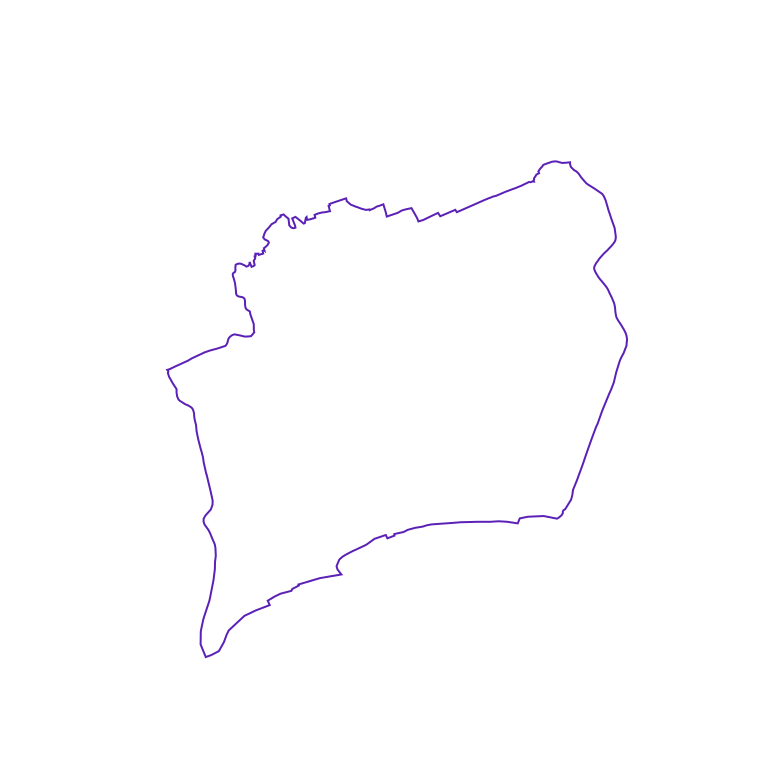 outline of Kota Tegal, Jawa Tengah, Indonesia, rotated 154°
{"feature_id": "22746128B85080883644541", "entity_name": "Kota Tegal", "entity_type": "district", "adm_level": 2, "iso_a3": "IDN", "parent_name": "Indonesia", "parent_adm1": "Jawa Tengah", "projection": "mercator", "projection_center": [109.116, -6.87], "detail": "fine", "context": "isolated", "style": "outline", "palette": "violet", "viewbox_px": 768, "rotation_deg": 154, "n_neighbors": 0, "source": "geoboundaries", "source_scale": "gbopen_adm2", "svg_char_len": 6094}
<svg xmlns="http://www.w3.org/2000/svg" viewBox="0 0 768 768"><g transform="rotate(154 384 384)"><path d="M119.6,501.7L123.9,503.3L126.8,504.5L128.9,506.2L130.7,507.9L132.4,509.0L134.3,509.7L135.5,510.1L142.2,510.9L144.8,511.1L146.7,510.0L149.4,509.0L151.2,507.9L152.1,507.4L152.2,505.5L155.3,505.4L156.5,504.5L159.0,503.1L159.5,501.9L160.2,501.5L160.4,500.1L161.0,500.4L161.0,500.9L162.3,501.0L163.8,501.1L165.2,502.0L165.3,502.0L173.8,502.0L176.4,502.2L180.9,502.5L181.2,502.6L190.6,503.5L200.9,504.0L201.7,504.3L202.5,504.4L204.1,504.7L205.2,504.7L206.4,504.8L207.4,504.9L207.6,505.0L209.3,505.1L211.5,505.2L212.1,505.3L225.8,505.8L243.2,506.5L243.6,509.3L259.9,510.1L260.4,514.1L269.4,514.2L276.8,514.2L281.8,515.0L281.5,518.6L281.6,520.3L282.2,530.0L287.3,531.3L291.5,532.1L292.8,532.1L296.6,531.8L308.1,533.3L307.1,537.7L305.8,545.8L310.2,546.2L312.8,546.7L313.6,546.6L314.9,546.4L315.1,546.4L315.6,546.4L315.8,546.3L317.4,546.3L317.8,546.4L320.7,546.5L320.6,547.3L323.7,548.3L325.1,549.4L327.5,551.5L330.3,554.5L331.9,556.0L333.7,558.1L335.2,559.7L336.6,562.9L337.3,564.7L336.8,566.9L336.7,567.5L348.3,569.0L350.7,569.3L354.1,569.7L354.4,568.3L355.7,568.4L355.9,567.1L356.6,564.2L356.8,563.0L357.1,563.1L360.3,563.9L361.7,564.3L362.7,564.6L364.1,565.2L366.9,565.8L367.5,566.0L369.8,566.3L372.3,566.4L372.5,565.3L372.8,563.6L373.2,563.6L377.1,564.2L379.1,564.6L380.0,564.9L381.0,565.2L380.6,567.3L380.4,568.0L381.3,567.7L384.7,563.3L385.9,563.4L387.6,567.4L390.3,573.0L393.9,573.1L394.5,565.2L395.1,563.3L397.3,563.8L398.8,565.3L399.6,568.1L398.6,570.9L397.4,574.4L398.7,577.3L399.5,579.2L399.9,580.4L400.8,580.5L401.8,580.8L402.6,580.9L403.1,580.9L403.4,579.6L405.5,579.4L408.1,578.8L410.3,577.2L415.0,576.9L419.1,575.0L423.1,573.5L425.5,571.6L428.3,568.7L427.9,566.4L425.5,563.2L425.5,561.5L427.7,560.0L429.7,559.3L432.4,558.7L433.0,556.1L433.4,556.9L434.7,557.0L435.4,554.2L436.6,554.3L437.4,554.6L438.2,554.6L439.9,554.9L439.7,556.2L440.9,556.7L442.5,557.5L443.0,556.7L442.8,556.1L443.1,555.6L443.5,555.1L444.3,555.4L444.6,554.4L444.7,553.8L444.8,553.2L446.2,552.4L447.1,551.8L448.1,547.6L449.3,547.2L451.7,547.4L451.3,552.6L452.6,550.4L454.6,549.6L456.3,549.9L456.9,551.2L458.1,552.7L459.4,554.3L460.8,555.5L462.5,556.0L462.9,556.2L465.0,556.2L466.5,554.0L467.6,551.4L468.7,550.1L471.0,549.7L472.0,548.7L472.6,546.6L472.8,544.6L473.6,540.4L474.7,537.0L476.2,532.7L477.3,530.3L477.4,528.4L476.9,527.0L475.9,526.1L473.3,524.2L472.4,523.0L472.0,521.4L472.7,519.2L474.2,516.0L475.0,513.5L474.9,511.3L473.0,508.4L472.8,507.6L473.5,505.8L474.5,497.5L474.8,495.1L475.6,493.1L477.1,490.2L478.0,487.3L480.7,486.1L482.6,485.3L485.8,486.5L488.6,487.8L490.0,489.0L492.0,490.7L494.3,492.4L496.2,493.9L497.3,494.3L498.1,494.4L498.4,494.4L499.8,494.4L502.3,493.8L503.4,493.1L504.0,492.8L505.7,490.9L506.8,489.6L508.0,488.7L509.7,487.8L513.0,488.2L518.1,488.9L518.6,489.0L525.9,490.4L526.0,490.4L531.7,491.1L534.9,491.1L540.7,491.2L545.2,491.3L550.1,490.9L557.3,491.1L564.6,491.3L566.1,491.3L568.0,491.3L569.7,491.3L571.5,491.5L571.9,491.5L572.6,491.7L572.4,490.6L572.4,489.7L573.5,488.5L573.5,487.6L573.6,487.1L573.9,485.6L574.0,483.8L573.8,482.0L573.6,477.8L573.2,474.3L572.7,470.2L574.2,467.4L574.4,466.5L575.3,463.8L575.4,462.8L575.5,460.2L575.1,458.8L571.7,453.2L571.5,452.9L569.5,450.7L567.6,447.7L567.1,446.4L566.9,444.5L567.6,440.8L568.7,438.4L569.4,436.1L569.8,434.9L570.9,429.7L571.1,429.0L573.0,424.2L574.2,419.7L574.3,419.3L575.3,415.3L576.2,410.9L577.0,407.1L577.7,403.0L577.7,402.8L578.9,397.2L580.4,392.7L580.5,392.3L583.2,380.9L583.1,380.6L586.8,363.9L589.1,354.4L591.0,350.7L594.7,347.1L602.1,344.1L603.7,343.0L605.2,341.9L606.5,339.4L606.9,336.6L606.7,335.2L605.8,329.9L605.7,326.6L606.1,319.9L606.2,317.7L606.4,314.0L607.0,312.0L607.2,311.0L610.4,303.5L613.9,298.1L617.2,291.7L623.2,282.5L631.9,271.0L635.8,265.9L647.1,254.3L649.4,251.9L656.2,243.2L656.9,242.3L657.6,241.0L663.0,230.3L663.9,216.7L658.2,216.1L649.5,216.3L641.0,222.2L635.3,227.7L631.5,230.6L611.1,236.8L598.5,236.7L583.6,235.4L583.5,240.2L575.9,240.9L569.0,240.9L557.9,238.7L556.3,240.0L548.9,240.2L548.8,241.3L526.6,237.6L505.8,231.5L507.1,237.6L506.8,239.3L506.6,240.9L505.5,242.0L504.0,243.3L502.7,244.4L501.1,245.8L497.3,246.9L493.8,247.3L488.0,247.5L486.3,247.5L485.5,247.6L484.2,247.5L473.8,247.3L470.3,247.3L460.4,249.0L448.6,247.5L448.6,243.8L441.0,243.1L440.6,244.6L436.2,243.6L431.9,242.5L431.5,242.4L426.5,242.5L418.8,241.0L411.9,238.9L407.7,238.3L402.9,237.0L391.7,232.5L385.3,229.9L375.6,226.1L360.7,219.3L349.0,213.6L341.2,210.4L333.9,206.3L324.9,200.1L320.9,203.7L312.8,201.6L298.3,195.3L287.5,187.1L285.3,187.3L281.9,188.2L279.9,189.5L279.2,190.9L278.0,191.9L276.1,192.0L267.1,197.7L266.8,197.8L264.1,200.8L263.3,201.8L260.5,206.0L253.0,212.7L240.4,224.8L233.0,232.3L227.0,238.2L222.1,243.0L214.8,250.0L211.9,252.7L209.7,254.4L199.5,264.4L185.8,276.6L182.6,279.2L176.7,284.7L171.0,291.7L169.8,293.1L161.9,301.5L159.3,303.7L155.0,306.8L149.2,312.2L147.1,315.9L146.6,316.3L146.1,317.4L145.5,319.0L145.0,320.8L144.6,322.5L144.5,323.9L144.5,326.0L144.5,327.8L144.7,329.7L144.8,330.9L144.9,332.5L145.2,334.8L145.6,337.8L145.8,339.5L145.8,341.2L145.8,342.5L145.4,344.0L144.6,346.9L143.5,349.7L142.7,352.0L142.1,354.0L141.8,355.8L141.6,357.4L141.6,358.8L141.4,361.3L141.4,367.1L141.4,368.4L141.3,369.4L141.3,370.4L141.3,371.0L141.4,371.9L141.5,373.2L142.0,375.5L142.3,377.2L142.7,378.7L143.1,380.4L143.4,381.6L143.9,383.4L144.2,385.0L144.4,386.3L144.5,386.8L144.7,389.2L144.9,391.5L144.9,392.9L144.7,394.9L144.3,396.2L143.2,397.5L141.9,398.5L140.4,399.6L137.9,400.9L135.2,402.4L132.1,403.7L128.5,405.1L124.8,406.2L121.7,407.4L119.4,408.2L116.4,409.6L114.3,410.7L113.1,411.7L112.4,412.7L111.7,413.5L110.9,415.3L110.4,416.7L110.0,418.0L108.3,423.2L107.5,430.7L106.6,437.4L106.1,441.5L105.5,444.9L104.3,451.8L104.1,456.4L104.5,458.9L104.6,459.3L109.3,467.6L111.0,470.3L113.3,474.0L114.3,476.0L114.4,476.8L114.8,477.9L116.3,483.7L116.7,486.9L117.2,489.0L117.3,489.2L118.2,491.3L118.7,491.9L119.4,492.9L120.8,496.9L120.7,498.7L120.2,500.5L119.6,501.7Z" fill="none" stroke="#5b21b6" stroke-width="2"/></g></svg>